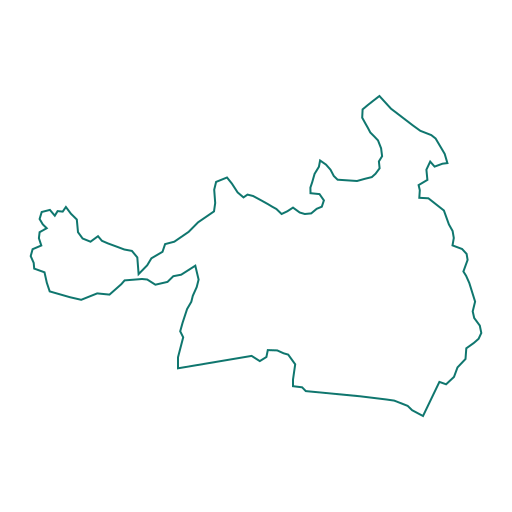 Caseiros, Rio Grande do Sul, Brazil
{"feature_id": "56859067B55652742739807", "entity_name": "Caseiros", "entity_type": "district", "adm_level": 2, "iso_a3": "BRA", "parent_name": "Brazil", "parent_adm1": "Rio Grande do Sul", "projection": "robinson", "projection_center": [-51.76, -28.237], "detail": "fine", "context": "isolated", "style": "outline", "palette": "teal", "viewbox_px": 512, "rotation_deg": 0, "n_neighbors": 0, "source": "geoboundaries", "source_scale": "gbopen_adm2", "svg_char_len": 2174}
<svg xmlns="http://www.w3.org/2000/svg" viewBox="0 0 512 512"><path d="M469.3,283.0L466.1,275.8L463.4,271.5L467.6,259.9L466.6,253.9L462.1,249.0L452.5,245.4L453.8,238.0L452.6,231.0L448.9,224.4L443.9,210.5L428.4,198.3L419.3,197.8L419.8,190.2L418.6,185.1L427.4,179.9L426.4,169.7L430.2,161.6L434.6,166.6L442.5,163.7L447.4,163.1L444.7,153.9L435.6,138.5L431.3,135.1L420.3,130.8L412.7,125.3L391.0,108.7L379.4,96.0L372.8,101.1L368.1,104.8L362.6,109.4L362.2,117.7L365.4,123.5L367.9,127.9L370.3,132.5L374.5,136.7L378.0,140.4L381.1,148.3L382.1,156.2L378.9,161.4L379.6,168.3L375.5,173.8L371.8,177.1L364.9,178.8L357.0,181.0L337.6,179.7L333.8,176.0L330.5,169.7L326.0,164.6L320.1,160.5L318.9,166.8L314.6,173.8L312.2,182.2L310.4,187.6L310.5,193.2L319.5,194.1L323.9,200.4L321.8,206.7L316.7,208.8L311.2,213.4L304.8,214.0L299.7,212.5L293.0,207.6L287.3,211.3L281.6,214.0L276.4,209.0L272.2,206.7L267.9,204.1L260.5,200.0L253.1,196.0L247.5,194.6L243.5,197.4L237.6,192.4L231.9,183.6L227.0,177.5L216.1,181.9L214.2,189.7L215.2,203.0L214.0,211.4L198.1,222.3L188.6,231.9L174.3,241.7L165.1,244.1L162.5,251.8L151.4,258.3L147.2,265.3L138.6,274.1L137.3,257.4L131.9,250.9L124.3,249.5L117.4,246.9L107.9,243.4L101.9,240.8L98.0,236.2L90.5,241.7L82.6,238.5L78.0,232.2L76.8,219.5L70.9,213.7L65.9,207.0L62.7,211.6L57.6,211.1L54.8,215.7L49.9,209.9L41.7,212.0L39.6,219.0L42.8,224.4L46.7,228.2L39.6,232.2L38.9,238.2L41.3,245.5L32.6,249.2L30.7,256.1L33.7,262.9L34.2,268.6L44.5,272.3L46.8,282.7L49.7,291.4L69.9,297.2L81.2,299.8L97.2,293.4L109.5,294.6L121.3,284.2L124.6,280.4L142.0,279.0L147.2,279.5L155.4,284.7L167.5,281.9L173.3,276.2L181.2,274.7L195.3,265.7L198.6,279.6L196.7,287.1L192.8,295.8L191.3,301.8L187.1,309.0L182.6,322.7L180.2,331.3L183.2,337.3L178.0,357.3L178.0,368.3L251.6,355.9L259.8,361.1L266.4,357.0L267.8,350.1L277.2,350.4L283.6,353.3L288.2,354.6L295.2,364.3L293.0,379.6L293.0,386.2L302.1,387.3L305.8,391.1L360.2,396.3L386.5,399.5L394.2,400.6L407.7,405.9L412.1,410.2L423.0,416.0L439.4,381.9L446.1,384.3L454.0,376.9L457.5,367.4L465.5,359.0L466.3,348.3L473.9,342.9L478.6,338.8L481.3,333.0L479.8,325.6L474.2,318.0L472.7,311.4L475.1,301.6L469.3,283.0Z" fill="none" stroke="#0f766e" stroke-width="2"/></svg>